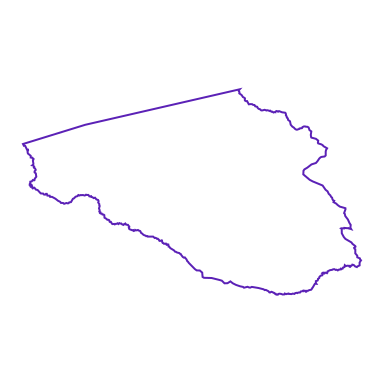 Cumbal, Nariño, Colombia (Mercator projection)
{"feature_id": "7082276B54446489784787", "entity_name": "Cumbal", "entity_type": "district", "adm_level": 2, "iso_a3": "COL", "parent_name": "Colombia", "parent_adm1": "Nariño", "projection": "mercator", "projection_center": [-77.91, 0.94], "detail": "fine", "context": "isolated", "style": "outline", "palette": "violet", "viewbox_px": 384, "rotation_deg": 0, "n_neighbors": 0, "source": "geoboundaries", "source_scale": "gbopen_adm2", "svg_char_len": 6007}
<svg xmlns="http://www.w3.org/2000/svg" viewBox="0 0 384 384"><path d="M345.4,208.2L339.8,206.6L337.6,205.0L336.2,203.6L333.5,202.1L334.2,200.8L333.1,200.3L332.4,199.1L332.1,197.7L331.0,196.7L330.4,195.4L328.7,193.8L327.6,191.4L325.6,189.8L322.6,185.5L312.7,181.4L309.7,179.8L303.3,174.4L303.5,170.7L304.4,169.4L307.4,167.6L311.5,164.4L315.9,163.0L317.4,161.3L319.3,158.5L320.6,157.3L321.6,156.9L324.6,156.5L325.4,155.8L325.7,155.4L325.7,151.7L326.0,150.1L327.1,148.3L323.5,146.2L322.7,145.2L321.4,144.4L318.2,143.4L317.9,142.8L318.2,140.6L315.9,138.8L311.4,137.6L311.1,137.1L310.8,134.9L311.3,131.4L309.5,130.1L308.6,127.5L307.5,126.8L305.8,126.7L305.0,126.4L303.7,126.5L302.4,127.2L302.2,127.9L301.8,128.2L300.2,128.3L299.5,128.5L299.4,128.9L297.0,129.7L296.2,129.6L294.8,128.7L294.0,127.7L292.3,126.6L290.7,124.7L290.0,121.3L288.1,119.9L287.8,118.4L287.3,118.1L287.1,117.4L286.8,117.3L286.3,115.7L285.9,115.3L286.0,114.8L285.7,113.3L285.1,112.7L282.1,112.3L279.0,111.1L278.1,111.7L276.8,111.0L276.1,111.2L275.3,111.9L275.3,112.2L274.6,112.1L273.5,112.5L272.5,111.7L272.0,111.9L271.3,111.6L270.8,111.1L270.3,111.1L270.1,110.7L269.3,110.9L268.8,110.6L267.0,110.2L266.4,110.5L264.7,109.8L262.4,110.4L261.3,110.4L260.7,110.0L260.3,109.4L258.6,108.8L257.6,107.8L257.2,106.8L255.2,106.3L254.9,105.5L254.4,105.0L253.1,104.9L252.2,104.2L250.6,104.1L248.8,104.3L247.1,101.1L246.2,101.2L244.9,100.5L244.8,99.6L245.0,98.7L244.7,98.0L242.9,97.0L241.6,95.0L239.3,93.4L239.5,92.2L238.8,91.2L238.8,90.7L238.9,90.2L239.7,89.3L85.2,124.8L23.0,144.0L23.9,145.8L24.6,145.7L25.2,145.9L27.0,149.7L27.4,149.5L28.0,149.6L28.1,150.4L27.5,151.7L27.9,153.5L30.7,155.8L30.7,157.5L32.3,157.7L32.6,158.5L33.1,158.5L33.6,159.0L32.9,160.7L33.4,163.7L33.3,164.4L32.3,165.3L33.3,165.5L34.2,166.8L33.8,167.4L34.1,167.9L35.1,168.5L35.7,169.9L35.4,170.5L34.7,171.1L34.5,172.0L34.6,172.4L35.8,173.4L36.3,176.7L34.7,178.8L34.5,180.1L34.0,180.4L32.9,180.0L31.7,181.4L30.3,181.7L30.2,183.2L29.7,184.1L29.7,184.7L31.1,184.5L31.9,185.3L31.8,185.9L30.5,186.4L30.7,186.8L32.3,186.9L32.4,188.1L32.8,188.4L33.2,188.0L34.4,187.7L35.9,189.6L37.6,190.0L40.7,193.4L43.2,193.6L43.9,194.5L44.4,194.6L45.3,194.6L45.9,193.9L46.8,193.9L47.4,195.6L49.7,195.7L50.1,196.9L52.1,196.9L55.4,198.7L58.2,200.9L59.6,201.5L60.3,202.0L60.9,202.9L63.1,203.0L64.1,203.8L66.4,203.0L67.9,203.4L68.6,203.2L69.2,202.4L71.0,202.1L72.9,198.8L73.9,198.4L75.6,196.7L77.6,196.1L77.9,195.4L78.5,195.0L79.5,195.5L80.9,195.0L81.8,195.2L82.9,195.0L84.5,195.5L85.3,195.3L86.0,194.7L87.0,195.0L88.2,194.9L88.6,195.2L89.4,196.4L91.1,196.2L91.3,197.0L92.5,197.2L93.6,198.1L95.0,197.7L96.4,199.4L98.1,200.0L98.6,201.1L98.2,202.5L99.3,204.1L99.3,205.5L99.7,206.0L99.0,208.4L99.7,210.3L99.3,211.6L100.3,212.2L100.0,213.1L100.6,213.5L101.7,213.5L102.4,214.5L103.5,214.5L104.3,215.1L104.5,217.7L106.5,218.9L107.3,219.8L108.5,219.8L109.2,220.2L109.6,221.7L110.0,222.0L110.8,221.8L111.0,222.0L111.9,223.7L112.8,224.1L114.1,223.9L114.8,224.4L115.5,223.9L116.7,223.8L117.4,223.3L118.4,224.0L118.8,223.4L119.4,223.1L120.1,223.6L121.3,223.5L122.0,224.3L123.3,224.9L123.8,224.3L125.2,223.6L125.4,224.4L126.1,224.3L127.1,224.9L128.0,224.9L128.4,225.7L129.3,226.5L129.3,227.0L128.8,227.6L129.2,228.9L129.5,229.2L132.1,230.2L133.2,230.1L133.4,230.8L133.8,231.0L134.7,230.5L135.1,229.9L136.0,230.4L138.0,230.0L138.3,230.4L140.1,231.0L140.5,231.5L140.9,232.7L142.2,233.6L143.2,234.6L144.0,235.1L145.9,235.8L146.2,236.2L147.5,236.1L147.8,236.6L153.1,236.6L154.7,238.0L155.4,237.8L156.8,238.4L157.1,238.9L157.9,238.8L159.0,239.9L159.2,240.6L159.9,241.0L161.8,240.3L162.0,240.5L161.9,241.2L162.2,241.6L162.3,242.3L162.7,243.0L163.5,243.2L164.0,243.8L165.9,243.6L166.2,244.4L166.9,244.9L167.1,244.8L167.2,244.3L168.3,244.5L168.6,246.5L169.1,246.5L170.3,248.1L174.0,250.4L175.1,251.7L175.9,251.8L177.0,252.5L179.4,253.1L180.1,253.9L180.8,254.1L181.2,254.9L182.8,257.0L184.0,257.7L184.8,257.4L186.5,259.4L187.3,261.2L188.0,261.7L188.7,262.8L194.9,269.1L196.7,270.4L199.8,270.5L202.2,272.6L202.6,277.0L204.0,277.8L211.6,278.0L219.6,280.0L221.9,280.7L224.5,283.3L227.5,283.2L230.4,281.4L232.8,283.3L236.0,284.9L240.1,286.3L243.0,286.9L244.0,287.7L247.5,286.8L249.2,287.5L250.3,287.6L251.8,286.9L258.5,288.0L263.6,289.3L264.7,290.1L265.8,289.9L268.4,291.2L269.4,292.4L270.1,292.5L271.3,291.8L271.6,291.8L273.2,292.5L273.5,292.8L274.2,292.9L274.8,293.7L275.5,293.7L275.8,294.3L276.3,294.3L276.6,294.6L277.1,294.4L277.8,294.7L278.5,293.9L279.5,293.7L281.1,293.9L282.7,294.5L284.3,294.4L284.7,293.7L285.2,294.1L285.8,293.8L286.3,294.1L288.6,293.5L288.8,293.6L288.7,293.9L291.5,294.1L292.7,293.6L294.5,293.9L295.2,293.1L296.8,292.8L297.4,293.1L298.4,292.5L300.0,292.5L300.7,291.5L302.1,291.3L303.2,290.6L303.8,291.2L304.6,290.7L305.7,290.9L305.9,291.0L305.9,291.7L306.4,291.7L306.9,290.8L308.0,290.8L309.0,290.2L311.2,289.7L312.2,288.4L312.3,287.9L312.8,287.4L314.8,283.9L315.1,283.7L316.4,283.8L315.8,282.8L315.9,281.1L317.5,280.6L318.0,279.7L318.0,278.9L319.2,278.1L319.3,277.1L320.6,275.7L322.3,275.3L322.4,274.1L322.9,274.0L323.0,273.7L322.2,273.2L322.6,272.8L323.9,272.6L324.6,273.4L325.4,272.7L326.0,272.7L327.0,273.2L327.4,272.7L327.6,271.4L329.9,270.2L332.2,269.8L333.1,269.3L334.4,269.2L335.6,269.9L336.6,269.7L337.8,270.4L338.6,269.7L340.0,269.6L340.7,268.7L341.5,269.2L342.2,268.5L342.7,268.5L343.0,267.6L344.4,267.1L344.8,265.2L345.9,266.1L347.3,265.7L348.8,265.8L349.5,266.7L350.1,266.9L350.3,266.7L350.4,265.8L351.4,265.8L352.2,265.1L352.3,264.7L352.7,264.7L354.0,265.2L355.1,266.4L356.9,267.1L357.5,266.4L359.6,265.4L359.6,262.5L361.0,260.3L360.2,259.7L359.9,258.4L357.3,257.3L357.2,255.6L355.3,253.4L355.3,249.3L354.5,248.7L354.1,247.9L355.5,246.7L355.3,246.1L352.5,243.9L351.4,242.4L345.4,238.9L343.8,237.0L341.8,233.3L341.7,228.8L341.1,228.4L341.3,228.3L344.2,228.4L344.3,227.9L347.3,228.2L348.5,228.1L349.2,228.7L350.1,228.7L351.2,229.1L350.4,227.7L350.7,224.9L349.4,222.9L347.9,219.5L345.3,216.1L344.7,213.7L344.1,213.1L345.5,209.2L345.4,208.2Z" fill="none" stroke="#5b21b6" stroke-width="2"/></svg>